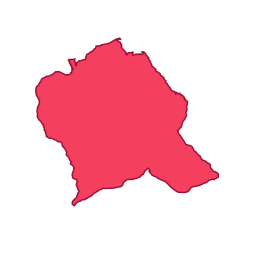 Saschiz, Mures, Romania (Robinson projection), rotated 11°
{"feature_id": "2599482B37274548789390", "entity_name": "Saschiz", "entity_type": "district", "adm_level": 2, "iso_a3": "ROU", "parent_name": "Romania", "parent_adm1": "Mures", "projection": "robinson", "projection_center": [24.99, 46.172], "detail": "fine", "context": "isolated", "style": "filled", "palette": "rose", "viewbox_px": 256, "rotation_deg": 11, "n_neighbors": 0, "source": "geoboundaries", "source_scale": "gbopen_adm2", "svg_char_len": 5685}
<svg xmlns="http://www.w3.org/2000/svg" viewBox="0 0 256 256"><g transform="rotate(11 128 128)"><path d="M90.0,214.6L91.1,212.4L92.8,210.1L94.1,209.3L95.3,208.8L96.3,207.5L99.3,206.4L100.1,205.8L100.5,205.1L101.6,204.6L101.7,204.3L103.2,202.8L104.8,201.8L105.2,201.3L106.1,199.9L107.3,198.4L108.0,197.7L108.8,197.3L109.2,196.7L110.6,195.6L111.5,194.2L113.5,193.4L114.6,192.0L116.8,191.8L124.0,190.1L128.1,188.6L129.3,187.9L131.4,187.3L132.8,186.2L133.6,185.0L133.8,184.5L133.7,183.4L134.0,182.2L135.2,181.0L136.2,179.4L137.8,178.6L143.0,177.3L144.4,176.4L145.7,175.9L149.1,173.7L149.8,172.8L150.2,171.6L151.8,170.5L151.9,169.7L152.5,168.5L152.5,167.8L152.8,167.2L153.5,166.0L154.4,165.3L154.7,164.5L155.3,163.7L156.0,163.6L156.3,164.1L156.9,164.7L156.8,164.8L157.0,165.0L157.0,165.3L157.2,165.5L157.7,165.6L157.1,166.3L157.1,166.8L157.4,167.1L158.9,168.2L160.5,169.6L163.0,170.4L164.8,170.5L166.9,171.6L170.1,172.5L174.5,173.3L176.8,174.6L180.8,177.5L183.6,179.0L186.5,180.4L189.2,181.4L190.8,181.4L193.8,180.8L195.4,180.7L197.9,179.6L199.4,178.4L200.1,177.2L200.6,175.8L201.3,174.6L202.5,173.5L203.9,172.8L205.5,172.3L206.7,171.6L209.3,170.7L210.4,169.6L211.7,168.9L212.9,167.8L215.4,166.5L217.1,164.4L217.4,163.9L218.0,163.5L219.4,163.0L220.3,162.3L221.3,162.1L222.0,162.3L222.4,162.2L223.3,161.1L224.2,160.6L224.7,160.0L225.8,159.3L225.9,158.5L225.7,157.9L225.6,156.3L225.2,155.8L223.9,154.9L221.7,154.2L220.9,154.3L219.4,153.9L218.6,152.9L216.7,151.4L215.9,149.2L215.8,148.4L215.1,147.8L212.9,147.1L211.4,146.4L210.3,145.7L207.7,145.5L206.7,144.5L205.4,144.0L204.5,142.2L203.9,141.7L202.8,141.3L201.2,140.4L200.4,139.6L199.6,138.7L199.0,138.6L198.2,138.1L197.0,137.6L195.9,135.7L194.3,134.1L192.5,133.4L190.6,133.4L188.4,133.1L187.6,132.8L187.0,132.2L185.3,130.0L183.1,128.0L180.6,125.2L179.2,124.4L178.4,123.3L177.7,121.9L177.1,121.5L178.0,120.3L179.0,118.2L179.1,117.9L179.7,117.7L179.9,117.1L180.2,115.6L180.2,113.9L180.5,111.8L181.0,110.5L182.1,108.3L182.8,105.7L182.9,104.7L181.8,101.4L182.2,100.8L182.4,99.2L182.1,98.3L182.2,97.8L181.4,95.7L181.4,95.2L181.7,93.6L181.7,92.1L181.5,91.9L181.4,90.8L181.3,90.5L180.4,90.3L179.8,90.4L178.8,88.7L178.3,88.7L178.0,89.0L177.7,88.7L177.7,88.3L178.0,88.2L177.0,86.8L175.8,86.1L175.5,85.7L174.9,85.8L174.7,85.5L174.0,85.5L174.0,85.1L172.4,84.6L172.2,84.0L171.6,84.1L171.0,84.8L170.2,85.0L168.4,84.5L168.3,84.2L168.7,83.8L168.0,83.8L167.8,84.0L167.9,84.8L166.8,83.4L164.3,83.2L162.8,82.4L162.7,82.3L162.7,81.7L162.0,81.2L161.6,80.4L159.2,78.6L158.8,78.2L158.4,77.4L158.0,77.0L156.2,76.1L156.2,74.7L156.0,74.3L155.1,73.9L154.0,73.2L153.6,72.7L153.8,72.0L152.9,71.6L152.2,70.9L149.8,70.0L149.4,68.9L148.5,68.2L146.9,67.5L144.8,67.0L144.1,66.4L144.3,65.4L144.1,65.1L139.5,62.5L139.2,61.4L137.8,59.8L137.6,58.9L137.4,58.6L134.7,56.0L134.6,55.7L134.9,55.1L133.7,54.4L133.0,53.6L131.8,53.5L131.4,52.1L131.1,51.7L130.2,51.0L129.3,51.1L128.9,50.2L127.1,50.8L127.8,51.3L128.5,52.3L128.1,52.7L127.5,52.9L126.9,53.4L126.3,53.2L125.1,53.1L124.8,53.2L124.8,53.6L124.5,53.8L122.7,53.8L121.2,54.2L120.3,54.9L119.7,55.6L119.1,55.8L118.7,55.6L118.4,54.6L118.7,53.0L118.3,52.7L117.8,52.8L116.9,53.4L114.2,54.0L113.7,54.4L113.4,55.0L113.4,56.1L112.8,56.4L112.4,56.3L111.9,55.8L111.9,54.7L111.2,54.3L111.0,53.6L109.4,52.8L106.3,50.1L106.2,50.0L106.3,49.2L105.9,48.4L105.7,47.2L105.0,47.0L104.5,46.0L104.1,45.4L103.9,45.3L103.3,45.4L102.5,45.2L100.1,43.8L100.0,43.6L100.3,43.0L100.9,43.2L101.2,42.9L101.8,43.0L103.2,42.5L103.7,42.2L102.7,41.4L99.3,43.1L93.7,48.2L91.4,49.4L86.6,51.2L85.3,52.2L85.4,52.6L82.6,53.2L81.0,53.8L81.1,55.1L80.9,56.0L80.3,56.4L79.8,56.9L78.6,59.3L76.7,60.6L75.1,62.6L73.5,63.6L73.1,66.6L73.4,67.3L73.2,68.2L72.9,68.4L72.7,69.0L70.2,70.1L69.2,70.8L67.8,71.2L67.4,71.2L66.7,72.1L66.5,72.6L66.0,72.9L65.1,74.1L65.2,75.7L65.5,76.8L65.3,77.0L64.4,76.0L64.0,74.9L63.9,74.3L63.6,74.0L63.6,73.5L62.9,72.5L62.6,71.5L62.6,70.4L60.9,71.2L56.9,72.0L56.7,72.5L57.3,72.4L57.2,72.9L57.6,73.7L57.5,74.0L57.9,74.1L58.1,74.4L58.2,75.4L59.2,75.8L59.0,76.3L59.9,76.6L60.1,77.1L60.0,77.6L60.8,78.0L60.6,78.4L61.5,79.1L61.5,79.5L62.2,80.3L62.8,80.4L63.0,80.6L62.8,80.8L62.0,80.9L62.3,81.2L61.8,81.7L62.1,82.0L62.1,82.6L62.3,83.1L62.0,84.0L62.1,84.4L61.4,84.5L61.6,84.9L61.4,85.4L60.7,86.1L60.2,86.8L58.9,87.2L58.4,87.6L57.9,87.3L57.6,87.7L57.2,87.6L57.0,87.8L49.8,85.9L48.9,86.0L46.0,86.7L44.0,89.5L39.7,92.6L38.4,92.6L36.5,94.4L34.4,95.7L34.1,96.6L33.7,97.0L33.5,98.8L32.5,100.7L32.2,101.7L32.3,102.6L31.8,103.3L30.7,104.3L30.1,106.2L30.2,107.9L30.8,110.4L31.2,110.7L31.1,111.4L31.6,112.4L31.7,113.1L32.4,113.7L33.8,115.6L34.9,116.5L35.3,117.7L35.8,118.1L36.0,119.0L36.0,119.9L36.4,120.9L36.0,121.7L35.9,123.2L35.3,124.7L35.3,125.6L35.5,126.8L35.3,128.0L35.8,129.8L36.7,132.0L36.6,133.8L37.5,135.3L38.6,136.3L38.9,136.9L41.3,138.3L42.5,139.7L43.3,140.2L43.3,140.5L43.9,140.9L44.7,142.1L44.9,142.1L44.9,142.3L45.0,142.5L44.9,143.1L45.3,143.3L46.0,144.5L46.1,145.5L46.6,146.7L47.8,146.9L48.0,148.9L49.0,149.9L49.2,150.4L49.2,151.4L49.8,152.0L50.4,152.3L52.9,153.0L55.0,152.7L56.7,152.9L58.2,153.6L59.0,153.5L60.4,153.9L61.3,154.6L62.5,154.7L64.1,154.4L66.2,155.5L66.7,157.5L67.2,158.3L67.5,158.6L67.9,158.7L68.6,159.5L69.1,159.6L69.7,160.1L72.3,163.0L72.5,164.3L72.4,164.7L72.5,166.1L72.7,166.4L73.0,166.7L75.3,167.9L76.5,170.1L78.8,172.2L78.4,173.0L78.3,174.3L80.5,175.2L82.2,176.7L82.7,178.1L82.6,180.9L82.2,182.0L82.1,183.8L82.1,184.5L82.5,185.7L83.0,186.8L83.9,188.0L87.4,188.3L88.4,190.7L88.0,193.1L88.3,194.0L89.3,195.6L89.8,195.9L90.4,197.4L91.3,198.6L92.1,198.9L91.3,201.5L91.3,203.2L90.9,204.0L90.8,206.0L90.2,206.9L89.3,207.9L87.8,210.3L87.5,211.5L87.8,213.4L88.6,213.7L90.0,214.6Z" fill="#f43f5e" stroke="#9f1239" stroke-width="1.5"/></g></svg>